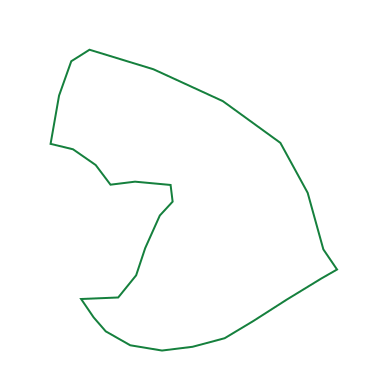 the state/province of South East, rotated 263°
{"feature_id": "SGP-4875", "entity_name": "South East", "entity_type": "state/province", "adm_level": 1, "iso_a3": "SGP", "parent_name": "Singapore", "parent_adm1": "", "projection": "equal_earth", "projection_center": [103.927, 1.348], "detail": "fine", "context": "isolated", "style": "outline", "palette": "green", "viewbox_px": 384, "rotation_deg": 263, "n_neighbors": 0, "source": "natural_earth", "source_scale": "10m", "svg_char_len": 517}
<svg xmlns="http://www.w3.org/2000/svg" viewBox="0 0 384 384"><g transform="rotate(263 192 192)"><path d="M257.0,57.5L303.9,71.8L336.5,88.1L345.7,107.6L318.5,168.7L278.4,233.7L230.0,285.7L177.1,306.7L119.0,315.4L97.4,326.5L90.2,309.4L73.4,272.4L56.6,237.4L42.9,206.6L38.3,173.7L38.3,142.9L47.4,112.0L64.2,89.4L79.5,79.1L99.3,68.9L96.3,105.9L116.1,126.4L142.0,138.7L172.6,157.2L184.8,171.6L201.6,171.6L209.2,136.7L209.2,112.0L230.5,99.7L248.9,79.1L257.0,57.5Z" fill="none" stroke="#15803d" stroke-width="2"/></g></svg>